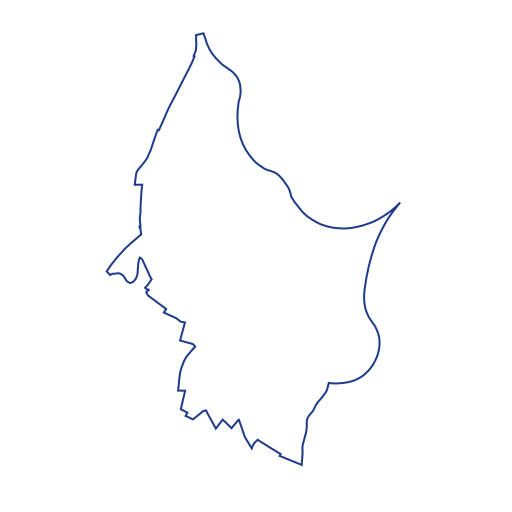 outline of Doesburg, Gelderland, Netherlands, rotated 117°
{"feature_id": "6326949B86842981978413", "entity_name": "Doesburg", "entity_type": "district", "adm_level": 2, "iso_a3": "NLD", "parent_name": "Netherlands", "parent_adm1": "Gelderland", "projection": "natural_earth1", "projection_center": [6.146, 52.019], "detail": "fine", "context": "isolated", "style": "outline", "palette": "blue", "viewbox_px": 512, "rotation_deg": 117, "n_neighbors": 0, "source": "geoboundaries", "source_scale": "gbopen_adm2", "svg_char_len": 5994}
<svg xmlns="http://www.w3.org/2000/svg" viewBox="0 0 512 512"><g transform="rotate(117 256 256)"><path d="M81.5,403.9L82.6,405.3L86.4,409.7L87.5,409.1L88.0,408.8L88.7,408.4L89.8,407.9L91.1,407.2L92.8,406.2L94.7,405.2L96.1,404.6L98.6,403.6L99.0,403.3L99.7,403.0L100.2,402.9L101.4,402.8L106.1,402.4L106.0,401.4L109.8,401.1L110.9,401.0L113.5,400.8L115.1,400.8L118.1,400.8L119.0,400.8L119.8,400.7L122.0,400.8L129.5,400.8L135.3,400.8L153.1,400.8L153.7,400.9L154.7,400.9L160.0,400.9L165.0,400.9L167.9,400.8L173.4,400.4L176.5,400.2L177.9,400.1L182.6,399.9L188.0,399.6L188.1,400.8L190.6,400.6L191.0,400.7L193.0,400.3L193.8,400.2L195.2,400.0L196.0,399.9L196.6,399.8L200.2,399.3L201.4,399.1L201.8,399.0L202.4,399.0L205.5,398.5L210.7,397.8L212.8,397.8L213.8,397.7L218.1,397.4L222.5,398.0L228.9,399.4L233.7,400.4L235.7,400.4L237.0,400.1L238.1,399.8L240.3,399.0L247.6,396.4L247.5,396.2L246.4,394.1L244.1,389.8L249.5,387.8L253.1,386.2L257.9,384.2L262.3,382.2L265.9,380.6L269.4,378.8L274.6,376.9L275.6,376.4L278.7,374.5L281.6,372.6L282.5,373.3L283.5,372.4L283.0,372.1L284.9,370.9L288.9,368.1L299.1,372.3L301.1,373.2L304.8,374.5L305.7,374.9L308.3,375.8L310.5,376.5L312.6,377.1L315.1,377.7L317.4,378.4L317.8,378.5L321.5,379.4L322.1,379.6L323.5,379.8L327.9,380.7L329.3,381.0L333.1,381.5L337.5,382.1L337.9,381.0L339.1,377.3L337.1,376.0L336.3,374.5L334.0,371.1L333.5,369.5L333.4,368.4L333.5,367.6L333.5,366.9L333.8,365.5L334.4,364.2L335.3,362.7L335.7,362.0L336.5,360.7L337.1,359.6L337.2,358.7L337.2,358.0L337.3,357.3L337.2,356.1L336.6,355.2L335.5,354.2L334.1,353.5L332.0,353.0L330.8,352.8L329.7,352.8L327.3,353.1L325.8,353.5L324.2,354.1L321.9,355.1L319.3,356.2L316.1,357.5L313.4,358.3L312.2,358.6L311.2,358.7L310.2,358.8L310.2,357.6L310.2,357.1L310.6,356.2L311.2,355.2L311.7,354.6L313.7,352.0L315.7,349.6L316.7,348.3L319.0,345.2L320.1,343.8L320.6,343.3L321.1,342.8L322.7,340.6L323.9,338.9L324.1,338.4L325.7,338.7L326.7,338.8L328.7,339.0L331.1,339.4L332.1,339.6L334.6,340.4L335.0,339.6L335.1,339.1L335.1,338.8L335.2,338.2L335.2,337.8L335.4,337.2L335.1,336.6L334.9,336.6L335.0,336.3L335.0,336.1L338.0,337.4L339.2,335.8L340.2,334.3L344.0,312.0L348.2,312.4L348.1,310.1L348.0,305.7L347.6,299.0L348.7,293.3L347.5,289.1L365.8,285.3L363.3,273.2L363.2,272.4L363.2,271.9L363.3,271.5L363.5,270.8L363.7,270.7L363.8,270.6L364.1,269.6L364.6,268.3L364.6,268.5L364.8,268.9L364.9,269.0L365.0,269.1L365.3,269.2L366.3,269.5L367.8,269.9L367.7,270.0L368.1,270.1L374.8,271.7L376.8,272.1L378.4,272.3L379.8,272.4L382.2,272.4L384.9,272.2L387.6,271.9L389.2,271.7L391.9,271.2L393.1,270.9L395.1,270.4L396.8,269.8L398.0,269.4L399.0,269.0L402.3,267.8L404.0,267.1L411.3,264.3L408.2,258.0L426.7,253.4L426.7,246.0L430.5,246.1L430.5,244.7L430.3,244.2L430.3,243.5L430.2,238.2L430.1,237.9L418.3,232.7L416.2,230.5L418.4,227.6L418.8,226.9L419.9,225.3L428.0,213.4L416.9,211.4L418.9,204.8L420.5,199.6L409.8,197.2L409.6,197.0L415.2,191.1L422.4,183.7L429.4,172.4L429.2,172.4L429.1,172.6L426.7,172.7L425.6,172.7L424.3,172.7L424.0,172.6L422.8,172.3L421.9,172.1L421.3,171.9L420.7,171.6L419.6,171.2L419.0,171.1L419.1,170.1L420.4,155.8L421.3,144.1L423.4,144.1L422.9,138.9L422.8,137.3L422.2,130.4L421.4,120.6L421.4,120.4L420.3,120.9L418.7,121.6L415.4,122.9L411.5,124.6L409.6,125.5L405.7,127.6L405.2,127.9L404.9,128.0L404.1,128.3L402.6,128.7L401.0,129.0L397.4,129.8L394.0,130.6L391.3,131.1L390.1,131.4L387.5,132.3L386.4,132.7L384.3,133.6L383.6,134.0L382.6,134.5L381.8,134.9L379.4,136.0L379.0,136.2L378.4,136.3L378.1,136.3L376.5,136.4L375.0,136.4L374.3,136.3L374.0,136.3L373.1,136.1L370.4,135.4L368.8,135.0L368.0,134.9L367.6,134.9L366.0,134.9L365.0,134.9L363.2,135.0L361.4,134.9L360.2,134.9L359.8,134.8L358.6,134.6L357.7,134.5L355.3,133.8L354.9,133.7L353.3,133.3L351.5,132.9L350.5,132.8L348.5,132.4L347.0,132.2L345.9,132.0L343.4,131.9L336.0,133.5L335.7,132.4L334.6,129.6L332.9,126.2L330.2,121.7L327.8,118.2L325.2,115.0L322.6,112.2L320.6,110.6L318.6,109.1L316.0,107.4L313.8,106.2L311.6,105.3L309.9,104.7L307.8,104.0L305.6,103.4L304.1,103.1L301.7,102.7L300.4,102.5L297.8,102.4L294.6,102.3L291.9,102.4L289.5,102.7L287.2,103.1L284.2,103.8L282.7,104.3L280.3,105.1L278.8,105.8L276.6,106.8L274.1,108.3L272.0,109.8L269.9,111.7L267.6,114.1L266.0,116.1L265.0,117.5L264.0,118.9L263.5,119.9L263.4,120.2L262.1,122.6L261.1,124.4L260.1,126.2L259.0,128.0L256.9,130.7L255.7,132.1L254.2,133.6L253.0,134.8L251.3,136.2L250.3,136.9L248.6,138.1L246.5,139.4L244.8,140.4L243.5,141.0L240.9,142.3L237.2,143.8L231.6,145.7L225.2,147.8L217.1,150.0L212.9,151.1L205.8,152.6L203.4,153.1L198.1,154.0L194.5,154.6L189.7,155.2L186.1,155.5L182.7,155.7L179.9,155.8L176.4,155.8L172.6,155.8L169.5,155.7L166.7,155.6L164.0,155.4L160.4,155.0L156.6,154.5L152.4,153.8L147.8,152.9L142.9,151.8L149.1,153.9L152.1,155.1L155.4,156.6L159.9,159.0L162.3,160.3L165.0,162.0L167.8,163.8L171.0,166.1L173.3,168.0L175.9,170.4L179.2,173.6L181.4,175.9L184.2,179.2L186.9,182.7L189.0,185.8L190.5,188.2L191.9,190.8L193.4,194.1L195.2,198.5L196.1,201.4L197.1,205.1L197.4,206.3L198.0,210.2L198.3,212.0L198.4,214.2L198.4,215.9L198.4,218.4L198.3,220.0L198.2,221.9L198.1,223.0L197.7,225.9L197.5,227.5L197.1,229.4L196.9,230.2L196.2,232.8L195.7,234.3L195.1,235.9L192.8,240.9L190.4,246.1L187.1,251.6L186.1,252.3L184.9,253.4L183.6,254.6L182.3,255.9L181.2,257.2L180.1,258.8L179.2,260.3L178.1,262.6L176.6,265.2L175.6,267.4L174.5,270.1L173.9,272.0L173.4,274.4L173.1,276.3L173.2,278.1L173.4,280.1L173.7,282.7L174.2,284.2L174.3,284.8L174.3,285.8L174.4,288.2L174.1,290.5L173.8,293.5L173.3,296.4L172.8,298.4L172.1,300.7L171.4,302.5L168.9,308.1L165.9,313.5L162.1,318.7L157.7,323.5L152.7,327.9L147.2,331.8L141.1,335.4L134.6,338.4L127.8,341.0L124.7,341.9L124.0,341.9L121.1,342.6L118.4,343.5L116.0,344.6L114.1,345.7L110.3,348.2L108.2,350.2L106.0,352.9L104.5,355.4L103.3,358.5L102.7,360.2L102.1,363.5L101.7,366.3L101.2,370.2L100.5,374.0L99.8,376.1L98.9,378.7L97.7,382.3L96.6,384.5L95.4,387.2L94.1,389.3L93.0,391.2L91.3,393.3L89.3,395.9L87.1,398.1L85.4,399.7L84.1,401.1L82.6,402.7L81.5,403.9Z" fill="none" stroke="#1e3a8a" stroke-width="2"/></g></svg>